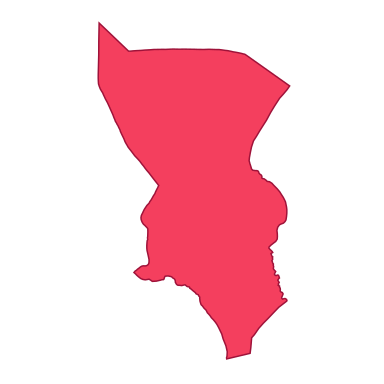 the district of Chantrea, Svay Rieng, Cambodia, rotated 182°
{"feature_id": "14789045B26681024602209", "entity_name": "Chantrea", "entity_type": "district", "adm_level": 2, "iso_a3": "KHM", "parent_name": "Cambodia", "parent_adm1": "Svay Rieng", "projection": "albers", "projection_center": [106.102, 10.92], "detail": "fine", "context": "isolated", "style": "filled", "palette": "rose", "viewbox_px": 384, "rotation_deg": 182, "n_neighbors": 0, "source": "geoboundaries", "source_scale": "gbopen_adm2", "svg_char_len": 4438}
<svg xmlns="http://www.w3.org/2000/svg" viewBox="0 0 384 384"><g transform="rotate(182 192 192)"><path d="M246.0,111.1L247.2,109.5L245.7,108.3L244.4,107.0L243.0,105.8L241.7,104.8L240.0,103.6L238.0,102.9L235.6,102.6L233.1,103.1L231.9,103.4L230.0,102.3L228.6,101.3L226.4,101.5L224.4,101.7L221.8,102.4L220.3,102.8L219.0,103.3L217.5,103.4L217.0,103.9L216.5,105.8L215.9,106.9L213.9,107.2L212.3,107.2L211.5,107.0L210.4,106.8L209.5,106.6L208.8,106.0L208.2,105.4L207.0,104.8L206.2,104.1L205.6,102.6L205.5,101.2L204.2,99.1L203.1,98.4L202.1,98.3L200.8,98.3L199.0,98.1L197.4,98.6L195.7,99.0L194.5,98.1L193.8,97.5L192.4,97.1L191.6,97.1L191.0,96.6L190.8,95.7L189.7,95.1L188.6,94.2L187.5,93.3L186.0,92.2L184.9,91.3L184.5,90.5L183.2,89.9L182.1,89.5L181.6,88.3L181.0,87.8L180.6,87.2L180.6,86.1L180.2,83.2L179.2,80.2L178.7,79.4L177.7,78.6L175.9,76.3L173.8,74.4L173.1,73.1L172.4,71.8L171.4,70.9L169.8,69.2L168.2,67.0L166.1,65.0L164.0,62.6L162.3,60.3L160.6,57.4L159.2,54.7L157.3,51.1L155.8,46.4L152.7,39.4L151.2,33.6L151.3,29.0L151.7,27.6L151.5,26.4L128.3,32.8L127.8,38.4L127.6,42.1L127.3,48.4L124.6,51.7L120.5,58.1L116.0,63.5L112.0,67.8L105.6,75.0L101.2,79.9L94.2,85.7L93.3,86.6L93.5,87.3L93.8,88.0L95.3,88.8L96.5,88.6L97.7,88.1L98.5,88.8L98.7,90.0L98.2,91.0L97.7,92.5L97.4,93.3L98.2,94.7L99.2,94.9L100.4,96.1L100.3,97.6L100.5,98.9L101.0,99.8L101.4,100.4L101.2,101.0L101.8,101.4L102.6,101.8L102.3,102.5L102.5,103.2L102.2,103.8L101.7,104.7L102.6,105.9L103.2,106.9L102.2,108.6L101.6,109.1L102.2,110.8L102.7,111.8L103.7,112.0L104.8,111.5L105.6,111.5L106.6,112.3L106.6,113.5L106.2,114.1L105.6,115.5L106.7,116.5L107.5,117.4L108.0,118.0L108.0,118.7L107.8,120.3L108.3,121.9L108.1,122.8L109.0,124.0L109.3,125.3L109.8,126.1L109.1,127.2L109.1,128.3L109.5,128.9L109.0,129.9L109.9,130.7L110.3,131.7L110.9,133.2L110.1,133.8L109.2,134.3L109.7,135.2L110.9,136.4L111.8,137.1L113.2,138.6L113.1,139.7L111.2,141.7L108.6,143.9L106.6,145.5L105.2,147.9L105.1,150.5L105.3,153.4L105.8,156.6L105.1,159.8L103.5,162.2L102.1,163.0L99.5,164.1L98.0,165.7L97.1,167.4L96.7,170.6L96.5,174.0L96.6,177.6L97.0,180.3L97.7,183.1L98.2,185.3L99.2,187.3L100.6,189.8L102.5,192.5L104.3,195.2L107.0,198.2L110.6,201.6L112.4,203.5L114.9,205.0L117.2,205.2L118.3,206.3L120.4,207.7L121.1,207.8L121.9,207.9L122.7,208.5L122.7,210.1L123.3,211.3L124.6,212.1L125.6,213.0L126.4,215.0L127.6,215.6L129.6,215.6L132.1,215.9L133.3,217.1L133.8,218.7L134.6,221.0L135.2,222.5L135.4,223.4L135.6,224.0L136.0,225.3L135.8,228.5L135.1,233.3L134.1,239.1L132.3,245.3L129.7,249.6L126.3,255.8L123.0,261.4L120.2,266.1L116.2,274.2L112.5,280.8L107.7,288.8L104.3,292.8L100.6,297.5L98.1,301.4L143.6,331.3L144.4,331.6L145.7,331.8L146.8,332.1L147.8,332.3L149.4,332.6L151.8,333.0L153.9,333.3L155.7,333.5L157.6,333.9L161.2,334.5L164.0,334.7L166.6,335.0L169.8,335.3L173.1,335.2L176.5,335.2L180.0,335.2L184.4,334.9L187.2,334.8L191.4,334.7L194.8,334.7L199.3,334.6L205.0,334.5L208.7,334.3L212.6,334.2L215.5,334.2L218.3,334.0L223.4,333.6L227.0,333.5L230.7,333.3L235.0,333.1L239.3,332.6L243.9,332.2L248.0,331.7L251.7,331.4L255.6,331.0L258.8,330.6L260.4,330.6L290.7,357.6L290.4,339.2L290.0,325.9L289.8,306.0L289.7,302.6L289.5,299.7L289.2,296.7L288.9,295.9L288.3,294.2L287.2,291.7L286.0,289.8L284.7,287.9L283.9,286.1L283.0,284.4L281.8,282.0L280.6,280.0L279.6,278.3L278.4,275.9L277.3,273.7L275.9,270.8L275.0,269.0L273.7,266.3L272.6,263.6L271.6,261.5L271.0,259.9L270.0,258.5L269.1,256.8L268.4,255.9L267.5,254.0L266.6,252.4L266.1,251.4L265.7,250.1L265.0,248.7L264.4,247.5L263.6,246.0L262.9,244.7L261.8,242.6L260.7,240.0L259.4,237.8L258.4,236.3L257.4,234.6L256.0,232.9L254.6,231.3L252.5,228.7L250.5,226.2L247.8,223.6L245.2,220.9L243.0,218.1L241.2,216.1L239.7,214.1L238.0,212.1L235.7,209.6L231.0,203.9L225.5,197.4L225.8,196.7L226.1,196.0L226.5,194.9L227.0,194.0L227.6,192.7L228.5,190.7L229.0,189.1L230.4,186.9L231.4,184.9L232.5,182.8L233.8,180.9L234.5,179.3L236.6,177.0L238.2,174.4L239.1,172.9L240.0,170.9L240.6,169.4L241.4,167.7L241.8,166.7L242.1,164.7L241.9,162.9L241.4,161.5L240.6,159.8L239.3,158.0L238.1,157.1L237.0,156.0L235.7,154.8L234.9,153.7L234.8,152.2L234.7,150.5L234.7,148.1L234.7,146.0L234.9,144.7L234.6,143.0L235.1,141.7L235.2,140.1L235.3,137.0L235.2,134.4L234.9,132.0L234.3,129.8L233.6,127.1L233.0,124.7L232.6,123.1L232.5,120.9L232.6,119.6L232.8,118.8L233.4,117.8L234.8,116.8L236.0,116.5L238.3,116.5L239.9,116.0L240.8,115.4L242.3,114.1L243.7,113.0L245.0,111.7L246.0,111.1Z" fill="#f43f5e" stroke="#9f1239" stroke-width="1.5"/></g></svg>